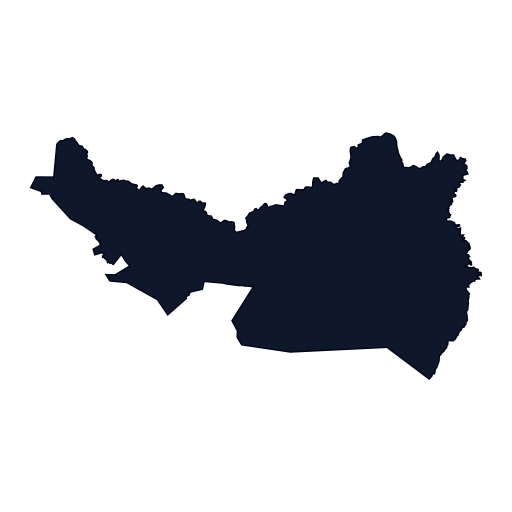 Masinga, Eastern, Kenya
{"feature_id": "3690345B51887825082332", "entity_name": "Masinga", "entity_type": "district", "adm_level": 2, "iso_a3": "KEN", "parent_name": "Kenya", "parent_adm1": "Eastern", "projection": "albers", "projection_center": [37.619, -0.95], "detail": "fine", "context": "isolated", "style": "filled", "palette": "ink", "viewbox_px": 512, "rotation_deg": 0, "n_neighbors": 0, "source": "geoboundaries", "source_scale": "gbopen_adm2", "svg_char_len": 6085}
<svg xmlns="http://www.w3.org/2000/svg" viewBox="0 0 512 512"><path d="M60.3,140.7L57.4,143.4L56.8,144.8L53.8,177.1L36.1,177.0L30.7,187.6L41.4,191.5L42.0,194.1L49.5,193.9L52.2,198.7L70.5,218.8L83.6,225.9L96.8,234.9L95.3,236.7L96.1,237.5L96.1,238.7L98.5,240.8L99.2,242.0L100.1,242.1L99.9,243.8L100.9,244.9L93.2,249.2L94.8,254.8L102.6,252.5L103.1,253.8L104.3,254.5L103.3,255.9L102.6,255.9L102.6,257.2L104.0,257.7L106.8,260.1L107.7,262.7L108.7,262.2L109.8,263.1L111.6,263.1L112.8,264.3L113.4,264.3L121.3,254.3L125.3,260.8L129.8,266.0L115.0,274.9L106.0,274.6L109.8,280.9L126.7,282.5L157.4,299.6L167.7,314.8L186.4,298.4L185.8,296.7L189.1,295.0L189.8,292.6L189.2,292.3L202.4,289.2L204.1,281.4L223.2,283.1L226.2,283.9L239.2,285.6L242.2,285.5L245.6,286.2L246.1,285.9L253.4,286.8L232.0,320.7L237.4,330.8L237.2,337.3L241.7,344.8L290.3,352.0L387.0,347.3L429.2,379.0L431.8,376.1L432.1,374.5L432.8,373.8L434.1,373.9L434.7,373.2L435.4,368.9L436.7,367.6L439.0,361.0L439.3,355.7L440.8,354.7L441.8,352.8L443.7,351.5L444.6,349.8L446.8,347.2L446.6,345.8L447.7,344.7L448.0,340.9L449.2,340.3L450.9,340.8L451.7,340.4L453.0,340.9L455.3,339.1L456.9,335.9L457.8,335.5L459.1,331.9L461.4,329.5L461.9,327.7L464.0,327.1L464.8,325.2L465.8,324.4L465.9,322.6L467.4,320.1L466.8,313.7L466.1,311.8L467.7,309.7L468.4,302.8L468.0,301.0L468.9,297.0L468.7,295.4L469.4,293.5L468.0,292.8L467.9,291.6L466.4,290.6L465.9,287.7L466.4,287.1L467.2,286.9L468.8,287.1L468.9,286.4L468.3,285.3L468.5,284.8L471.4,281.9L472.3,281.7L472.6,281.2L474.6,281.2L475.0,279.9L476.4,279.0L479.5,279.0L478.5,277.3L477.3,277.2L477.4,276.1L479.7,275.3L481.2,275.6L481.3,273.1L479.9,272.1L477.4,272.9L477.2,272.2L478.0,271.1L478.2,269.5L475.2,268.6L473.9,267.3L470.6,267.8L467.6,267.2L467.4,266.4L465.9,266.9L465.2,266.5L464.8,265.8L469.1,263.8L469.1,262.9L469.6,262.6L470.3,264.6L470.9,265.1L471.5,264.8L471.3,262.0L468.7,259.3L468.0,257.9L469.5,256.5L468.3,254.9L466.1,254.2L466.5,252.8L467.5,251.8L467.4,251.2L466.0,250.7L466.1,249.9L466.5,249.3L468.6,250.3L470.2,248.4L469.8,246.2L469.3,245.8L468.3,246.9L467.8,246.4L467.9,245.6L469.3,244.7L469.2,244.1L466.0,240.8L462.8,240.3L464.4,238.8L464.6,237.9L464.2,237.6L462.0,237.7L463.5,235.0L460.1,235.2L460.5,228.0L458.9,228.5L457.5,230.0L456.9,229.9L457.2,229.1L457.2,228.3L456.6,228.0L456.9,226.5L459.5,226.0L459.5,225.0L458.8,224.7L456.7,225.1L455.1,224.7L454.5,222.8L450.9,221.1L446.7,221.1L446.3,219.0L447.2,217.8L449.4,217.6L450.5,214.7L449.2,214.6L449.3,213.7L448.4,211.8L448.7,210.6L447.5,209.3L447.7,208.7L448.6,209.0L449.0,208.5L448.6,207.9L448.8,206.9L450.1,204.9L451.2,204.5L451.6,203.8L450.3,202.6L450.5,201.9L452.2,202.1L452.7,201.7L451.8,197.8L452.8,197.0L454.3,197.0L455.7,196.1L455.8,195.2L455.3,194.6L453.5,193.6L454.4,191.3L456.5,191.3L456.7,189.5L455.3,188.8L456.5,187.9L459.0,187.1L460.4,184.9L459.3,183.6L459.5,182.7L460.2,182.3L462.9,182.2L463.5,181.1L464.9,180.3L463.1,179.7L462.7,179.1L463.0,177.0L462.0,176.1L462.3,175.5L467.9,173.9L466.7,171.2L465.8,171.0L465.6,170.3L467.0,168.3L466.7,165.6L464.0,164.0L464.7,161.9L465.8,160.6L465.1,159.0L462.5,158.7L460.4,157.6L459.4,159.5L457.8,160.6L456.8,160.4L455.7,159.5L453.6,155.0L450.7,155.1L447.1,154.0L443.3,156.9L442.2,159.6L440.9,161.0L439.3,161.5L438.9,160.2L439.1,156.0L438.6,153.9L437.4,152.2L436.3,153.4L434.8,157.1L432.9,158.6L431.1,162.6L427.4,164.2L425.3,166.7L422.7,166.8L421.2,168.2L419.5,168.4L417.9,168.1L416.3,166.8L413.3,165.5L412.8,165.6L411.6,167.1L410.4,167.1L409.2,167.9L405.4,167.4L404.2,167.7L403.3,167.1L402.8,163.7L401.3,161.6L401.9,160.0L400.2,157.3L398.5,153.4L396.7,145.8L396.5,141.6L395.1,137.7L393.6,135.9L390.3,134.1L386.0,133.0L384.7,133.6L382.9,135.6L380.2,137.2L377.9,136.5L376.3,136.6L372.1,136.9L368.1,138.0L362.5,140.1L362.5,143.3L358.3,144.9L358.4,146.9L356.7,148.7L354.5,146.7L351.7,147.0L350.7,147.8L350.2,150.6L351.1,157.3L349.3,163.2L350.5,166.5L347.9,168.2L346.3,168.4L345.3,169.0L343.1,173.2L343.1,177.0L341.5,178.0L340.4,179.7L339.4,180.4L339.1,182.7L338.5,183.4L336.5,183.5L334.9,184.4L333.2,184.2L330.7,182.3L327.6,182.2L325.8,180.4L321.6,182.8L320.9,182.6L318.1,178.0L313.7,178.0L312.7,182.3L312.8,186.0L311.9,187.1L310.7,187.5L308.4,187.0L305.9,187.0L305.0,187.8L304.5,189.3L303.8,189.6L300.4,189.8L297.0,189.5L296.2,189.9L295.3,193.5L294.1,194.8L293.1,194.7L291.8,193.7L289.9,193.4L285.7,194.9L284.1,197.1L284.5,197.8L286.5,198.8L287.3,200.5L286.7,201.4L285.0,202.2L284.5,205.6L283.9,205.9L280.5,205.6L276.0,204.8L272.5,206.1L270.6,206.3L269.0,207.5L268.2,207.4L266.2,203.7L264.5,203.6L262.7,206.1L260.7,207.2L259.2,209.7L257.7,210.1L256.3,208.7L254.8,209.0L253.6,211.6L249.5,213.1L247.6,216.3L245.8,218.1L246.5,219.3L246.7,221.9L248.1,225.5L246.8,227.5L246.3,229.2L244.2,230.5L236.9,232.3L235.9,232.2L234.8,231.0L234.2,228.9L234.7,226.9L234.0,225.2L234.3,223.8L233.9,222.5L231.8,221.8L229.0,221.9L225.3,220.3L223.9,220.7L221.1,222.8L220.0,222.8L217.0,220.4L212.7,219.2L211.3,216.1L208.9,215.9L207.4,215.3L206.7,214.5L206.2,212.2L204.1,211.1L203.3,210.0L203.6,208.8L204.5,207.6L205.5,203.9L205.0,202.9L202.5,203.3L200.4,201.3L198.8,201.3L198.0,202.3L196.6,202.8L194.4,199.4L193.6,199.3L190.7,200.2L188.2,199.1L186.3,199.3L184.7,197.6L184.0,194.7L183.3,193.8L181.1,193.6L179.9,194.0L175.9,193.4L173.5,195.7L172.1,196.4L166.4,193.1L162.1,192.7L161.2,192.0L160.9,190.8L162.0,188.8L163.4,187.6L162.0,185.0L159.4,184.9L155.9,185.8L152.7,188.7L151.3,189.2L149.4,188.1L146.6,188.5L144.8,187.9L143.2,186.1L142.5,186.3L139.9,189.7L139.0,190.0L137.3,189.1L136.5,188.1L136.4,187.4L137.3,186.2L136.7,185.0L132.0,184.0L127.9,181.1L126.2,181.3L124.1,180.3L120.9,180.7L118.6,181.7L118.3,179.8L117.4,179.7L116.2,180.8L115.4,180.9L114.0,179.5L113.1,179.3L110.5,180.6L108.9,182.4L107.0,180.6L103.8,180.7L101.9,180.0L99.5,177.8L99.9,176.7L101.3,176.1L101.2,174.6L100.0,174.3L97.0,175.2L94.4,170.5L93.9,167.5L91.7,165.4L92.2,163.0L90.3,160.7L86.6,159.3L87.2,155.6L86.4,154.3L87.4,152.7L87.4,151.5L85.4,149.4L83.8,149.3L82.2,146.3L79.4,145.7L78.4,145.0L76.7,142.1L75.1,140.6L74.4,138.9L72.4,137.6L69.6,138.9L66.5,138.7L63.1,140.6L60.3,140.7Z" fill="#0f172a" stroke="#020617" stroke-width="1.5"/></svg>